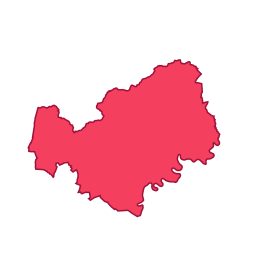 outline of La Apartada, Córdoba, Colombia, rotated 198°
{"feature_id": "7082276B84090204325710", "entity_name": "La Apartada", "entity_type": "district", "adm_level": 2, "iso_a3": "COL", "parent_name": "Colombia", "parent_adm1": "Córdoba", "projection": "albers", "projection_center": [-75.293, 8.043], "detail": "fine", "context": "isolated", "style": "filled", "palette": "rose", "viewbox_px": 256, "rotation_deg": 198, "n_neighbors": 0, "source": "geoboundaries", "source_scale": "gbopen_adm2", "svg_char_len": 5750}
<svg xmlns="http://www.w3.org/2000/svg" viewBox="0 0 256 256"><g transform="rotate(198 128 128)"><path d="M91.7,46.7L91.2,47.3L89.6,48.3L89.2,49.1L89.4,53.0L89.1,54.8L89.1,56.9L89.8,58.7L90.4,59.2L91.0,58.9L92.0,57.9L93.6,57.2L94.7,57.2L95.1,57.4L95.3,57.9L95.3,58.6L95.0,59.1L92.7,61.1L91.4,62.9L90.9,64.0L91.3,64.9L93.3,68.0L93.8,70.0L94.3,74.2L94.3,76.3L93.9,77.5L92.0,79.7L90.9,81.9L90.2,82.5L89.2,82.7L88.3,82.5L87.8,82.0L87.1,79.3L86.6,78.4L86.0,77.7L84.7,77.0L82.7,76.9L82.0,77.0L81.4,77.4L80.8,78.1L80.8,79.1L81.1,79.6L82.0,80.0L84.2,79.9L84.8,80.1L85.5,80.5L85.9,81.1L85.9,82.1L85.4,83.3L84.3,83.9L83.2,83.9L80.4,82.8L79.3,82.6L78.2,82.8L77.4,83.6L77.2,84.4L77.5,85.7L79.6,87.3L80.2,88.1L80.3,89.5L79.6,90.6L79.2,90.8L78.7,90.8L75.4,89.7L72.6,89.7L70.9,90.0L68.0,90.9L66.0,91.0L65.3,91.6L64.8,92.6L64.6,94.6L63.6,97.1L63.4,98.4L63.5,99.2L64.1,100.2L64.8,100.4L67.6,99.6L70.2,99.6L71.3,100.0L72.9,100.9L73.4,101.5L73.6,102.0L73.6,102.6L73.4,103.3L72.6,103.9L71.7,103.9L68.9,103.0L67.2,103.0L65.6,103.7L64.7,104.8L64.4,105.5L64.4,107.6L64.9,108.5L65.7,109.0L67.1,109.4L68.5,110.1L71.1,112.8L71.6,114.1L71.8,115.3L71.9,117.5L71.7,118.1L70.8,118.7L70.2,118.6L69.8,118.1L69.1,116.5L68.4,115.5L67.7,115.0L66.8,114.8L65.0,114.9L64.1,115.2L62.0,116.8L59.8,117.5L59.0,117.6L57.8,117.2L56.0,116.1L54.8,116.1L54.2,116.7L52.9,119.0L51.8,119.7L50.9,119.9L49.3,119.6L45.5,117.6L44.3,117.4L42.9,117.5L42.7,118.2L43.7,120.5L43.7,122.2L43.2,122.9L40.9,123.8L39.8,124.5L37.9,126.7L37.6,127.9L37.8,128.9L38.9,129.8L42.5,130.2L43.4,131.0L43.7,131.5L43.5,132.5L41.3,136.1L41.2,137.1L41.3,138.0L42.2,139.5L42.2,140.1L41.9,140.5L41.4,140.5L39.2,139.2L37.9,139.0L37.2,139.2L36.8,139.7L36.3,140.6L36.2,141.1L36.3,142.0L36.7,142.7L39.1,145.2L39.1,146.5L38.7,147.2L39.1,149.0L38.8,149.9L38.9,150.3L39.8,151.1L40.9,151.3L41.4,152.3L42.5,152.3L42.7,152.6L42.7,153.6L43.3,153.8L44.0,154.3L44.4,154.4L44.1,154.9L44.3,155.4L44.7,155.6L45.2,155.5L45.3,155.8L45.7,156.0L45.7,156.4L46.0,156.4L45.7,156.8L45.9,157.0L45.7,157.3L46.0,158.1L45.9,158.7L46.0,159.2L46.3,159.8L46.7,159.9L47.1,160.5L47.6,161.6L47.8,161.6L47.9,162.0L48.3,162.1L48.3,162.3L47.8,162.8L49.3,163.8L49.6,165.0L50.0,164.9L50.0,165.4L50.2,165.2L50.5,165.6L50.9,165.7L52.6,165.8L57.4,167.5L58.9,169.7L59.5,169.8L60.2,170.5L60.8,172.1L60.0,175.9L60.2,177.5L61.9,176.7L64.6,174.6L65.5,177.1L67.2,179.9L68.1,179.6L68.5,182.2L68.9,183.5L68.4,184.9L71.6,192.9L75.8,192.6L77.6,192.0L78.3,192.9L77.8,195.5L77.1,197.5L76.3,199.5L75.0,202.0L80.3,204.6L80.0,206.1L81.9,206.2L82.3,207.5L82.8,207.5L83.9,207.1L85.3,207.9L88.2,207.6L88.6,207.8L89.2,209.5L90.0,210.0L91.3,209.4L91.8,208.5L92.7,208.0L93.3,207.1L94.6,206.2L95.9,206.4L96.9,205.9L97.3,206.0L98.3,207.0L99.1,208.6L99.5,208.9L100.8,208.3L102.3,207.0L103.1,206.8L104.3,206.8L104.6,205.9L104.7,204.6L105.5,203.9L106.5,203.4L106.9,202.8L109.5,201.6L109.6,199.4L110.8,198.1L111.8,198.2L113.2,197.5L115.5,197.7L116.4,197.2L117.2,197.1L117.5,196.6L118.5,196.4L118.8,196.1L119.2,194.9L121.1,193.0L121.5,192.3L121.4,191.8L120.5,191.0L120.2,190.3L120.2,189.9L120.7,189.0L120.8,187.7L121.0,187.0L122.1,185.7L122.7,184.2L123.5,183.4L125.2,182.2L125.9,181.1L129.2,179.0L129.7,177.7L129.8,175.7L130.6,175.1L130.8,174.8L131.0,172.7L132.6,171.8L133.1,169.8L133.6,169.7L135.1,169.7L136.8,170.0L137.6,169.9L137.9,169.6L138.3,168.3L138.4,165.1L138.8,164.2L139.8,163.3L141.3,162.9L142.7,163.1L145.4,162.7L147.4,161.8L148.6,161.5L150.1,161.7L150.9,162.4L151.7,162.3L153.5,160.9L154.6,159.3L156.1,157.8L156.3,158.1L156.9,157.7L157.4,156.7L157.8,157.0L158.0,156.7L157.7,156.5L158.6,155.4L158.8,154.9L158.6,154.0L159.4,152.4L159.1,151.6L159.3,149.8L160.2,148.3L160.2,145.1L161.0,143.8L164.2,142.2L164.4,141.2L164.2,140.1L164.5,139.7L164.6,139.2L164.2,137.8L163.7,137.3L163.1,137.0L162.0,136.8L160.7,136.7L160.2,135.9L158.1,135.6L157.7,135.1L157.4,134.0L156.6,133.0L154.7,132.0L154.6,131.4L155.1,130.1L155.3,128.4L155.7,127.7L157.0,126.5L157.7,126.3L158.9,126.3L159.7,125.5L161.5,124.9L162.1,124.3L162.4,123.3L162.9,122.6L166.0,122.0L166.7,121.5L167.0,121.0L167.2,120.0L168.3,119.8L168.9,119.4L169.2,115.7L170.8,113.8L171.7,111.4L172.0,111.2L173.7,110.5L174.5,109.8L174.9,108.9L177.2,108.6L177.3,107.0L177.9,106.9L179.6,108.4L180.1,109.6L180.0,111.1L180.1,111.6L181.4,112.6L181.6,113.5L182.6,113.3L184.4,113.7L185.0,114.9L186.5,116.1L190.3,116.7L191.7,117.3L192.3,117.3L194.1,116.4L194.4,116.5L194.7,117.2L197.5,116.7L198.5,118.8L198.3,120.5L198.5,121.8L198.6,122.0L200.0,122.6L199.3,123.2L199.3,123.8L199.8,124.3L201.8,125.3L202.2,125.9L203.3,126.4L205.2,126.7L206.0,126.4L206.7,125.8L207.7,124.3L209.1,124.3L209.6,124.0L211.0,122.0L213.9,122.1L215.2,121.9L216.4,121.4L217.2,120.3L217.8,119.8L219.1,119.8L219.8,119.6L219.3,108.2L218.9,107.3L218.6,103.6L217.7,101.4L215.9,89.7L215.4,89.7L215.7,83.7L216.1,83.7L216.7,78.6L216.3,78.7L215.1,75.2L213.0,75.5L209.5,76.6L206.7,72.9L205.6,71.8L204.9,71.5L205.9,69.5L205.6,66.9L204.2,63.7L204.2,62.8L203.1,60.4L195.4,62.3L192.7,61.9L192.4,61.6L191.3,61.6L190.5,60.9L189.2,60.9L188.9,60.8L188.4,60.2L187.0,60.1L185.0,58.9L184.6,58.4L183.9,58.1L183.6,58.7L184.2,61.5L184.1,62.9L183.7,63.8L183.5,69.1L184.9,69.8L185.4,72.4L184.0,73.0L183.1,72.9L181.7,71.6L179.0,73.7L178.5,74.7L174.4,76.8L172.6,74.5L170.3,74.4L170.6,73.6L170.6,73.1L168.9,72.4L169.3,70.3L166.7,69.2L164.2,72.3L162.3,70.4L161.1,68.3L160.3,65.4L160.3,63.0L159.7,61.0L160.4,59.1L155.5,58.7L155.2,56.5L155.1,54.3L155.4,51.4L153.2,52.4L152.1,51.2L151.3,51.4L148.8,53.6L144.8,54.8L143.6,52.5L142.7,51.2L142.8,49.3L143.6,48.7L141.5,47.7L138.5,51.4L133.5,55.1L132.9,53.5L127.8,51.1L126.6,50.9L124.4,51.0L123.4,50.1L119.7,48.0L115.7,46.4L115.0,47.2L113.0,46.6L112.0,46.0L102.9,49.6L102.1,49.6L101.0,49.3L99.1,48.5L91.7,46.7Z" fill="#f43f5e" stroke="#9f1239" stroke-width="1.5"/></g></svg>